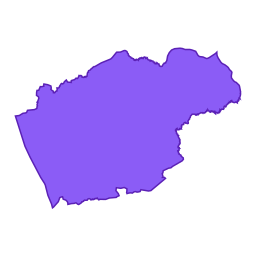 the district of Kut Chap, Udon Thani, Thailand
{"feature_id": "78962969B39562479301608", "entity_name": "Kut Chap", "entity_type": "district", "adm_level": 2, "iso_a3": "THA", "parent_name": "Thailand", "parent_adm1": "Udon Thani", "projection": "robinson", "projection_center": [102.608, 17.437], "detail": "fine", "context": "isolated", "style": "filled", "palette": "violet", "viewbox_px": 256, "rotation_deg": 0, "n_neighbors": 0, "source": "geoboundaries", "source_scale": "gbopen_adm2", "svg_char_len": 5770}
<svg xmlns="http://www.w3.org/2000/svg" viewBox="0 0 256 256"><path d="M15.4,116.0L25.0,146.3L30.1,157.2L40.8,177.6L44.4,183.2L45.3,185.1L47.9,195.3L51.5,203.9L52.5,207.8L53.5,207.1L58.3,201.7L59.8,197.6L62.2,196.7L62.6,196.8L63.2,199.2L65.8,200.1L67.3,201.6L67.8,202.9L67.9,204.4L71.4,203.6L74.2,203.4L75.6,202.9L76.3,203.0L77.6,204.1L78.7,204.5L81.0,203.1L81.5,202.5L81.8,201.8L82.4,201.9L82.6,201.6L83.6,201.3L83.7,200.7L84.7,200.1L85.7,200.3L87.4,200.1L87.7,199.2L89.1,198.6L90.5,199.2L90.7,199.8L91.0,199.8L91.5,199.5L91.8,199.7L92.3,199.2L92.7,199.5L93.0,199.2L93.5,199.6L94.1,199.4L94.7,198.9L94.6,198.7L95.2,198.4L95.7,198.8L96.5,198.7L97.1,198.0L98.4,199.6L98.9,199.9L99.6,199.3L105.6,199.4L109.4,198.0L116.3,197.4L117.1,196.6L119.1,195.7L118.3,193.6L115.9,190.6L116.4,187.7L120.8,188.3L124.2,187.5L126.9,188.8L126.9,191.1L126.6,192.4L127.0,193.6L128.6,193.1L130.8,192.8L132.3,193.1L134.2,191.8L135.5,191.6L137.0,192.1L138.6,191.9L140.1,191.5L140.9,189.7L148.5,191.0L150.9,190.6L165.5,178.4L164.5,177.4L162.6,177.4L163.0,176.9L162.9,176.2L162.2,173.6L162.9,172.9L163.2,170.7L168.5,168.2L170.9,167.8L172.7,166.3L182.2,160.8L183.4,159.3L183.2,157.8L182.1,157.1L181.7,156.4L181.1,156.1L181.0,155.2L179.7,154.5L179.4,154.1L179.1,154.1L179.1,153.3L178.4,152.8L178.4,151.6L178.1,151.4L178.4,151.1L178.0,150.6L179.0,150.3L179.1,148.8L179.5,148.6L179.1,148.4L179.2,147.7L178.1,147.6L178.1,146.6L178.5,146.5L178.4,145.8L178.7,145.5L178.8,145.1L179.4,144.6L179.4,143.9L179.8,143.9L180.1,143.4L180.0,141.9L179.7,141.9L179.6,141.5L179.7,140.4L180.1,140.0L179.4,139.2L179.4,138.3L178.9,138.1L178.5,137.5L178.4,136.5L178.0,135.9L178.4,135.6L178.0,135.4L177.8,134.7L177.5,134.9L177.2,134.7L177.1,133.8L176.4,133.1L176.6,132.5L176.2,131.8L176.3,131.0L175.7,130.9L175.5,130.3L175.5,130.0L176.3,129.4L176.3,128.9L177.1,128.4L177.4,129.7L178.1,129.5L178.6,129.8L179.6,129.5L179.7,128.7L180.3,129.0L181.4,129.0L181.1,128.4L181.6,127.4L181.3,126.8L181.8,126.1L181.5,125.8L181.5,125.2L181.8,124.9L183.6,124.5L183.5,123.8L184.3,122.7L185.2,122.4L185.5,123.1L186.0,122.9L187.3,123.6L188.2,123.4L188.3,122.6L187.9,121.1L188.7,120.1L188.7,119.7L189.6,119.0L189.5,118.3L190.3,117.3L190.6,115.8L191.5,115.1L192.1,114.2L195.1,114.2L195.4,114.4L195.5,115.0L196.2,115.2L197.0,114.1L197.7,114.0L197.7,114.8L198.0,114.9L198.7,113.8L199.2,113.8L200.9,112.6L201.3,112.9L202.3,112.6L203.0,113.3L203.4,112.8L204.3,112.7L204.7,113.0L205.7,112.1L205.7,111.7L206.7,111.4L206.7,110.4L207.7,110.6L207.8,109.8L208.4,110.8L209.0,111.0L209.3,111.5L210.4,111.2L210.0,112.0L210.5,112.2L210.8,112.2L211.5,111.0L212.1,111.2L212.0,110.6L212.9,111.9L214.0,111.2L214.3,111.8L215.0,111.6L215.0,111.9L214.1,112.1L214.0,112.5L215.7,113.9L215.9,112.8L216.3,112.4L216.8,112.4L217.9,113.3L218.6,112.4L219.5,112.6L219.7,112.1L219.4,111.2L220.1,110.1L220.0,109.5L220.4,109.7L220.7,110.5L221.5,109.2L223.5,109.3L223.5,108.8L224.0,108.4L223.9,107.2L224.4,106.2L225.7,106.9L226.1,106.3L226.2,105.2L227.1,104.7L227.5,103.9L228.1,103.8L228.5,102.7L229.1,102.9L229.8,102.6L229.7,102.1L230.1,102.4L230.6,102.1L230.8,100.8L231.7,100.5L231.9,101.1L231.6,101.8L232.4,101.7L232.8,102.2L233.6,102.3L233.9,102.6L234.7,102.6L235.8,102.0L237.2,102.8L237.1,102.3L237.6,101.8L237.4,101.2L238.2,100.6L238.6,100.8L238.8,100.4L238.4,99.8L239.0,99.4L239.0,98.1L239.3,97.9L239.8,98.3L239.5,97.5L239.8,97.3L240.4,95.3L240.6,93.8L240.3,93.6L240.6,92.0L239.5,86.2L239.1,85.2L236.2,82.4L235.1,82.0L233.6,80.8L231.5,78.0L231.3,76.0L231.9,72.4L231.5,71.5L229.5,69.6L228.3,67.6L227.5,66.8L225.0,64.9L222.2,63.5L221.0,62.4L218.2,58.1L217.2,55.9L216.9,54.4L216.8,52.2L215.5,53.5L209.2,57.6L207.5,58.4L206.4,58.5L203.0,57.0L199.8,56.6L199.1,56.3L198.0,55.4L195.7,51.3L192.0,50.0L189.9,49.5L185.1,49.5L182.3,48.5L180.0,48.2L174.6,48.7L171.6,50.0L169.3,52.6L167.6,56.0L166.8,60.6L165.7,62.4L165.7,62.8L165.2,62.9L164.7,63.3L164.2,63.1L163.8,63.8L163.2,64.2L162.1,66.3L160.8,66.5L160.0,66.0L159.5,66.0L158.9,64.0L158.4,64.1L157.0,62.8L156.9,63.3L156.4,63.2L156.4,63.7L155.9,63.7L155.9,63.3L155.1,63.7L154.6,62.8L154.3,62.8L154.5,62.2L153.2,62.0L152.9,61.0L151.6,61.0L151.3,60.5L150.9,60.4L150.6,60.9L150.2,61.1L150.0,60.1L148.3,59.9L147.8,59.4L147.8,59.0L147.0,58.6L147.1,58.1L146.8,58.3L146.2,57.8L145.8,58.1L145.8,57.4L145.2,57.5L144.7,57.0L143.2,57.5L143.2,58.2L142.9,58.0L142.5,58.4L142.0,58.0L141.7,58.2L141.5,57.7L141.1,58.0L140.5,57.9L140.6,58.4L140.3,58.6L139.6,58.6L139.5,58.3L139.1,58.5L139.1,58.8L138.8,58.7L138.3,59.1L138.6,59.5L138.3,59.6L138.3,60.0L138.1,59.8L136.8,59.9L136.5,59.5L136.3,59.7L136.1,59.5L135.7,60.1L135.2,59.9L135.1,60.4L134.2,60.3L133.5,58.7L132.7,58.6L132.0,58.0L131.3,58.1L130.8,57.1L129.1,56.3L129.0,55.6L128.3,55.1L128.4,54.4L128.1,53.6L127.5,53.1L127.0,51.6L126.0,50.9L125.0,50.5L124.0,50.6L120.4,52.1L116.6,52.2L112.4,57.4L110.7,59.0L101.2,62.9L94.8,66.6L93.9,66.6L93.0,67.4L92.5,67.5L92.1,68.3L90.8,69.1L90.4,69.9L88.6,70.7L88.2,71.6L88.4,72.1L87.7,72.5L87.4,73.0L87.0,76.1L86.9,76.4L85.7,76.4L85.7,77.0L85.2,76.7L84.9,77.0L84.7,76.6L84.3,76.6L84.0,77.2L83.3,77.5L81.9,77.0L82.0,76.3L81.3,75.9L81.2,75.6L80.1,75.5L79.8,75.8L79.0,75.5L78.3,77.4L77.5,78.5L76.8,78.5L76.1,78.1L74.6,79.6L71.5,80.5L71.3,80.6L71.4,81.4L70.8,82.0L71.0,82.4L67.6,82.1L66.3,80.0L64.4,81.7L63.6,83.4L62.7,83.9L61.8,83.4L61.0,83.9L60.3,85.2L59.9,85.5L59.9,86.2L59.4,86.5L59.3,87.3L58.7,87.9L56.9,88.0L57.3,89.1L56.9,90.2L56.9,91.0L55.9,91.2L54.7,92.8L53.4,92.7L53.5,91.3L52.1,90.5L50.8,89.2L51.3,88.2L50.9,86.0L47.7,84.7L43.9,84.0L43.7,85.1L43.8,86.2L41.6,86.7L40.3,86.6L38.7,90.3L37.0,90.4L36.6,92.3L36.5,95.4L38.4,96.7L38.8,98.2L37.9,100.9L37.1,102.2L37.8,102.4L37.0,104.9L37.5,105.8L37.1,106.4L36.8,108.5L34.4,109.6L27.5,110.3L26.7,112.3L25.9,112.9L22.9,113.3L19.3,115.5L15.4,116.0Z" fill="#8b5cf6" stroke="#5b21b6" stroke-width="1.5"/></svg>